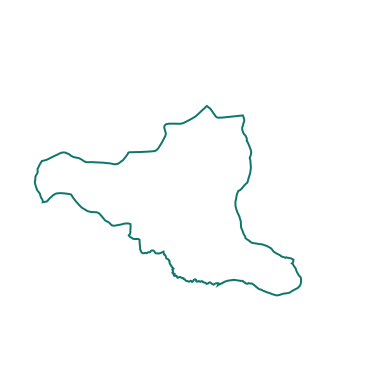 outline of Sanasomboon, Champasak, Laos, rotated 214°
{"feature_id": "54806243B13253322740036", "entity_name": "Sanasomboon", "entity_type": "district", "adm_level": 2, "iso_a3": "LAO", "parent_name": "Laos", "parent_adm1": "Champasak", "projection": "mercator", "projection_center": [105.689, 15.318], "detail": "fine", "context": "isolated", "style": "outline", "palette": "teal", "viewbox_px": 384, "rotation_deg": 214, "n_neighbors": 0, "source": "geoboundaries", "source_scale": "gbopen_adm2", "svg_char_len": 6007}
<svg xmlns="http://www.w3.org/2000/svg" viewBox="0 0 384 384"><g transform="rotate(214 192 192)"><path d="M333.8,133.7L333.6,129.4L333.2,127.0L332.9,124.7L330.8,121.7L330.5,117.4L328.8,114.5L327.5,111.8L324.9,109.6L321.5,107.0L317.1,105.5L315.3,103.9L314.0,102.9L312.0,102.1L310.2,100.7L310.0,100.1L307.1,102.9L306.7,104.8L306.7,106.0L305.3,111.8L303.7,114.9L300.3,117.6L297.4,119.3L293.6,121.2L291.2,122.2L290.5,122.2L287.5,120.8L283.0,119.3L277.3,117.9L274.6,117.4L268.5,117.7L267.3,117.9L264.3,119.1L260.0,121.7L258.6,122.2L256.7,122.3L252.5,121.2L248.4,119.9L247.1,119.9L245.1,120.2L243.4,120.3L240.2,119.5L238.9,119.9L237.4,120.7L232.6,125.4L231.3,127.0L230.1,128.2L227.8,130.0L226.5,130.6L225.2,131.0L224.2,130.0L223.5,128.9L222.3,126.8L220.6,124.1L220.1,123.1L219.9,122.5L219.8,122.2L219.9,121.8L220.2,121.2L220.2,120.7L218.7,120.2L214.6,120.3L213.3,120.9L211.6,122.1L210.2,123.0L209.2,123.1L208.8,123.1L206.5,119.9L205.0,118.2L204.1,117.1L203.5,116.2L202.4,115.1L200.7,114.0L199.7,113.6L198.8,113.7L197.9,114.1L196.9,115.2L195.5,115.8L195.1,116.4L194.8,117.3L194.6,117.6L194.4,117.8L193.8,118.1L193.4,118.4L193.2,118.7L193.1,118.9L193.2,119.7L192.9,120.7L192.3,121.3L191.5,121.8L191.0,121.9L190.6,121.9L188.8,121.1L188.1,120.9L187.3,121.2L186.5,121.7L184.9,122.6L184.1,123.6L182.3,126.6L181.5,125.7L180.9,125.3L180.3,124.7L179.9,124.5L179.5,124.8L179.1,124.8L178.7,124.6L177.8,124.0L176.4,122.8L175.8,122.6L175.2,122.7L174.8,122.7L174.3,122.9L173.3,122.8L173.1,122.6L172.8,122.5L172.6,122.4L172.5,122.1L172.4,122.0L171.7,121.9L171.5,121.7L171.4,121.3L171.2,121.0L171.0,120.7L170.0,120.2L169.6,119.8L169.0,119.7L168.3,119.1L167.7,119.1L167.2,119.0L166.4,118.5L165.7,118.3L164.6,118.3L164.4,118.2L164.4,117.9L164.5,117.8L164.8,117.4L164.9,117.2L164.9,116.9L164.9,116.7L164.6,116.5L163.8,116.0L163.4,115.7L163.0,114.8L163.0,114.6L163.2,114.4L163.2,114.2L162.9,113.9L162.2,113.8L161.8,114.1L161.4,114.2L161.0,114.4L160.7,114.5L160.4,114.1L160.4,113.6L160.5,113.1L160.5,112.8L160.4,112.6L160.2,112.6L159.9,112.8L159.4,112.8L159.2,112.9L158.5,113.6L157.9,113.8L157.7,113.8L157.1,113.3L156.5,113.0L156.4,112.9L156.2,112.9L155.9,112.9L155.7,113.0L154.8,114.5L154.3,114.9L154.2,115.0L153.7,115.0L153.6,114.9L152.9,115.0L152.2,115.2L150.9,115.7L150.6,115.3L150.5,115.2L150.0,115.2L149.4,115.5L148.9,115.5L147.8,115.0L147.3,115.0L147.1,115.1L146.4,115.5L146.1,115.6L145.1,115.7L144.5,116.0L144.1,116.2L143.9,116.4L143.6,117.3L143.4,117.7L142.9,117.8L142.3,117.8L141.8,117.5L141.5,117.7L141.4,117.9L141.4,118.3L141.1,118.9L141.1,119.2L141.4,120.1L140.7,121.3L140.2,121.5L139.7,121.5L139.4,121.2L138.9,120.7L138.5,120.4L138.2,120.4L137.9,120.4L137.3,120.9L137.0,121.1L136.9,121.3L136.9,121.7L136.7,122.0L135.7,122.0L135.3,122.1L134.7,122.4L134.5,122.8L134.4,123.2L134.2,123.3L134.0,123.6L133.7,123.7L133.2,123.8L132.6,123.4L132.2,123.4L132.0,123.5L131.6,123.8L131.3,123.9L130.6,124.0L130.3,124.1L129.9,124.3L129.6,124.3L129.1,124.0L128.8,124.0L128.5,124.0L128.2,124.3L127.5,125.2L127.4,125.5L127.4,126.0L127.3,126.3L127.0,126.7L126.7,127.1L126.4,127.2L126.1,127.2L124.8,127.1L123.4,127.1L122.2,127.3L121.9,128.2L121.6,129.0L120.8,129.9L120.1,130.5L119.3,131.0L118.9,131.1L118.7,131.1L118.5,130.7L118.3,129.3L117.8,130.4L116.6,132.4L116.2,132.7L116.2,133.1L116.1,133.3L115.8,133.8L115.6,134.1L115.6,134.3L115.2,134.9L114.9,135.7L114.4,136.2L114.2,136.6L112.9,138.3L108.2,142.6L101.6,145.7L101.4,146.0L101.0,146.3L99.9,146.6L99.5,146.4L98.7,146.3L98.0,146.3L97.6,146.6L97.2,146.4L96.7,146.3L96.0,146.4L94.8,146.8L94.4,147.3L94.3,148.0L92.8,148.6L91.1,149.6L89.3,149.6L87.0,149.5L85.5,149.2L82.5,149.0L81.0,149.3L80.2,149.7L78.4,149.8L74.9,150.6L73.5,150.8L71.4,151.6L68.1,152.2L67.3,152.6L66.3,152.8L65.0,153.2L63.8,153.7L61.8,155.7L59.5,158.7L56.4,161.4L54.9,163.0L53.2,166.9L50.7,171.4L50.2,174.0L50.2,175.1L50.4,176.2L51.3,178.4L52.4,180.1L53.5,181.5L54.9,182.3L56.3,182.5L57.5,182.9L57.9,183.2L60.1,184.2L62.4,185.8L62.9,186.3L64.0,186.9L66.1,187.6L68.1,188.7L69.2,188.6L69.0,189.5L69.1,190.1L69.2,191.0L70.0,192.6L71.5,192.5L72.6,192.4L76.1,190.9L77.4,190.5L77.7,189.7L77.8,189.7L78.9,189.5L80.8,188.8L81.8,188.7L82.2,188.5L82.8,188.7L83.5,188.8L89.0,188.2L89.8,188.2L90.9,188.3L91.9,188.5L93.0,188.9L93.7,189.2L95.1,189.5L99.0,189.2L102.1,188.5L104.8,187.7L105.9,187.1L107.4,186.3L110.5,185.0L112.3,184.0L113.7,183.5L115.4,183.3L116.8,183.5L117.8,183.6L120.2,183.5L121.5,183.6L122.1,183.8L122.6,184.4L123.1,184.9L125.5,186.0L126.2,186.4L129.0,188.5L130.6,189.5L131.5,190.1L133.6,192.9L135.3,195.1L137.1,196.5L139.2,198.3L142.8,200.4L145.3,202.2L148.1,204.7L150.3,207.7L151.5,210.7L152.5,212.8L153.6,215.6L154.2,218.6L153.1,220.7L152.6,223.3L152.4,226.1L151.9,229.0L151.4,230.7L151.8,232.3L152.8,235.0L153.7,238.1L154.5,240.5L156.5,244.6L157.7,246.3L159.4,248.4L160.9,250.4L163.2,252.5L163.6,254.3L164.1,256.0L165.2,258.2L167.0,259.9L171.3,262.9L174.2,264.7L174.9,264.7L175.2,264.9L175.5,265.7L176.1,266.5L177.2,267.5L179.5,268.8L180.5,268.9L181.5,269.2L183.0,270.0L183.4,270.3L183.7,270.6L184.9,271.5L185.6,272.3L186.6,273.8L186.9,275.7L187.7,277.3L188.2,279.7L189.3,281.4L190.6,282.5L192.7,283.9L207.7,271.3L211.7,268.3L212.5,268.0L213.1,267.8L213.9,267.8L214.8,268.0L222.6,271.0L223.7,271.3L227.8,271.6L230.9,258.2L231.5,256.2L233.6,251.8L235.7,247.9L237.8,244.2L239.6,242.2L241.7,240.8L245.6,238.3L249.6,235.5L250.7,234.3L251.6,233.3L251.8,232.2L251.6,231.0L250.9,229.7L246.9,226.4L246.1,225.3L245.5,223.8L244.6,215.8L244.4,209.7L244.6,207.8L245.1,206.4L245.7,205.0L246.4,204.6L250.2,201.5L257.3,196.2L266.3,189.8L266.8,188.9L266.5,187.2L266.7,183.4L267.1,179.3L267.7,178.1L268.0,176.9L268.6,175.5L269.0,174.2L269.9,173.2L271.1,172.1L272.9,171.1L275.0,170.3L277.0,169.4L279.5,167.9L281.6,166.9L292.6,160.2L295.0,158.4L296.5,157.6L297.9,157.2L300.1,157.2L302.5,157.1L304.9,156.8L309.0,155.0L310.4,154.6L312.9,154.4L314.8,154.6L317.2,154.2L319.2,153.8L320.7,152.9L321.9,151.9L323.2,150.1L324.6,147.5L325.9,145.5L330.0,138.2L331.6,136.1L333.8,133.7Z" fill="none" stroke="#0f766e" stroke-width="2"/></g></svg>